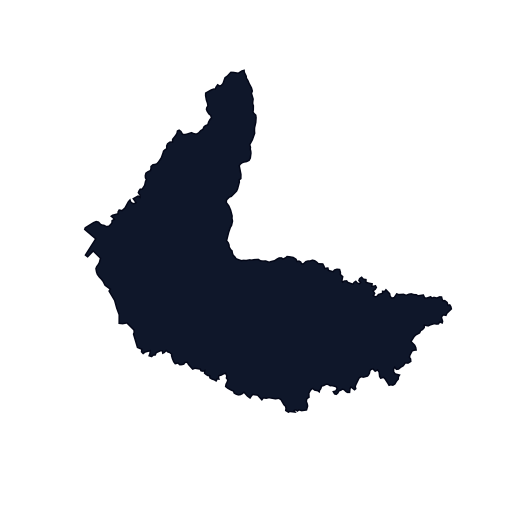 outline of Laguna Carapã, Mato Grosso do Sul, Brazil, rotated 334°
{"feature_id": "56859067B87570138131055", "entity_name": "Laguna Carapã", "entity_type": "district", "adm_level": 2, "iso_a3": "BRA", "parent_name": "Brazil", "parent_adm1": "Mato Grosso do Sul", "projection": "mercator", "projection_center": [-55.09, -22.652], "detail": "fine", "context": "isolated", "style": "filled", "palette": "ink", "viewbox_px": 512, "rotation_deg": 334, "n_neighbors": 0, "source": "geoboundaries", "source_scale": "gbopen_adm2", "svg_char_len": 6147}
<svg xmlns="http://www.w3.org/2000/svg" viewBox="0 0 512 512"><g transform="rotate(334 256 256)"><path d="M408.9,387.0L408.7,384.9L406.9,384.4L407.4,381.5L406.1,378.8L404.5,378.4L404.3,376.5L404.8,374.2L403.1,373.2L400.2,373.1L397.8,371.2L395.7,371.0L395.1,369.2L391.0,368.7L389.2,367.6L389.3,364.4L384.1,362.8L383.1,361.1L380.9,359.9L379.0,358.1L376.8,357.4L373.7,357.2L371.8,355.1L367.2,353.2L365.9,351.7L362.0,354.0L359.4,353.3L358.9,350.9L359.6,348.4L358.0,343.3L356.0,344.3L354.3,343.2L353.5,345.0L349.1,344.3L347.3,345.3L345.3,345.0L344.1,343.0L346.3,341.6L345.9,338.6L348.5,338.2L350.4,337.0L350.3,335.1L348.7,334.8L346.7,333.9L348.2,331.9L345.5,329.9L343.3,327.8L344.5,325.4L342.3,323.9L341.6,321.4L339.2,321.8L337.7,323.2L338.5,325.5L336.6,326.3L335.1,324.5L334.6,322.5L332.6,322.8L330.7,323.8L326.8,319.8L326.6,318.1L324.3,317.2L322.4,317.4L322.5,315.6L324.9,312.6L323.7,309.6L324.7,307.7L325.2,304.8L323.0,303.4L320.5,303.0L318.4,303.9L314.8,300.7L315.3,298.3L312.3,297.3L312.6,295.0L312.5,292.4L308.6,290.3L307.9,288.2L306.7,286.0L304.9,284.5L302.3,284.2L300.5,283.3L298.4,282.9L295.1,283.9L293.5,283.0L293.5,281.0L292.4,279.4L290.5,279.0L290.5,276.4L288.8,273.6L285.9,271.5L283.7,270.1L282.1,270.6L278.8,270.6L278.2,269.0L276.0,267.9L273.5,268.0L270.7,268.4L266.7,267.5L265.1,267.4L262.5,264.7L260.1,263.7L257.9,262.3L256.6,260.1L252.8,258.5L250.2,257.8L248.6,256.7L245.3,255.8L242.8,254.4L240.8,253.8L236.9,249.8L236.6,247.6L235.8,245.2L236.0,243.2L236.7,240.8L236.0,239.2L235.8,236.2L236.6,234.2L236.8,232.0L236.2,229.4L241.8,222.7L245.5,219.0L247.4,217.8L250.2,214.3L250.9,211.6L252.1,209.5L253.3,203.6L253.5,199.0L252.7,194.8L254.2,192.6L258.0,191.3L259.9,191.6L267.0,189.1L268.9,187.5L273.4,182.3L274.2,180.2L276.3,179.8L278.2,176.1L280.5,167.5L282.2,166.5L284.3,166.1L286.1,166.2L288.9,167.0L291.7,167.0L293.8,165.5L296.5,161.4L297.2,159.6L297.7,157.4L298.7,155.8L299.1,153.2L303.6,150.0L308.6,145.1L309.5,142.8L310.9,140.1L314.3,135.9L316.7,131.7L317.5,129.3L316.6,126.9L316.4,125.2L317.6,123.5L319.5,119.8L319.7,117.9L320.4,116.4L322.2,113.7L323.2,107.8L325.0,106.1L325.6,102.9L325.4,97.8L325.6,95.0L325.3,91.9L326.0,90.1L326.0,85.7L326.7,83.9L324.3,83.5L320.2,84.0L316.2,81.1L313.9,79.9L309.3,81.7L306.3,82.2L302.0,86.5L299.6,87.5L297.8,87.3L296.6,85.3L294.1,86.7L292.6,88.1L291.1,87.4L288.6,87.1L282.2,87.5L281.0,89.8L279.8,94.0L279.4,97.4L278.6,100.0L276.8,101.1L275.8,102.4L275.6,104.3L276.0,107.7L277.0,109.7L276.5,112.5L274.6,113.1L272.2,114.8L270.2,116.9L267.7,116.7L265.9,117.1L263.8,118.9L261.3,119.1L258.3,120.3L255.7,120.3L253.5,118.6L252.1,116.9L247.3,116.2L245.3,115.7L243.3,114.5L243.1,111.2L242.1,109.2L240.2,109.2L238.8,111.1L236.6,112.5L232.2,114.6L231.0,117.0L228.5,115.9L225.7,116.4L224.0,117.9L222.8,120.5L220.9,120.6L218.9,121.2L217.5,122.8L213.9,126.3L209.6,128.8L207.3,129.7L205.6,129.5L203.4,128.8L200.9,129.5L200.0,131.3L198.6,133.0L195.8,132.9L193.4,133.3L191.7,135.3L190.9,137.3L191.0,139.5L189.6,140.3L186.9,143.7L182.9,146.1L181.2,145.2L179.6,146.1L178.0,147.5L178.5,150.6L177.5,152.4L176.3,150.4L170.8,150.7L171.6,155.5L169.2,155.5L167.9,154.3L167.0,152.4L167.3,150.4L165.1,151.3L159.3,155.4L155.5,156.5L153.2,154.7L151.4,155.9L150.5,157.6L145.0,156.5L143.3,156.8L144.2,158.7L144.8,161.0L142.2,161.1L140.9,163.3L136.9,164.8L134.4,164.0L132.8,161.8L131.3,160.8L130.1,159.4L129.3,156.5L127.5,155.0L124.6,154.8L114.9,155.8L113.7,157.0L119.5,170.3L103.1,180.4L104.3,182.9L111.9,180.1L115.3,189.8L112.3,193.3L110.4,194.6L108.1,195.8L106.6,197.2L105.7,200.4L105.4,202.9L106.0,206.3L106.9,209.0L107.5,211.9L107.5,216.1L110.6,222.0L108.6,223.1L109.5,233.9L108.0,241.8L107.3,248.8L103.5,256.5L106.5,258.4L110.6,259.5L113.9,269.0L113.1,271.2L111.7,272.5L109.4,286.2L112.5,289.8L111.1,291.9L111.8,294.2L114.3,293.7L119.3,294.7L118.2,296.9L116.2,298.8L118.1,300.6L120.5,300.0L121.9,300.8L124.0,299.1L128.8,299.3L130.3,300.2L129.6,302.5L131.3,302.5L133.8,301.5L134.7,303.6L136.1,304.8L137.2,307.2L136.4,308.7L135.9,311.6L135.7,315.0L136.2,317.4L139.0,318.0L139.8,320.3L141.7,321.1L143.7,321.5L145.4,320.5L147.7,321.4L147.8,323.9L149.5,329.9L151.9,330.1L156.3,333.2L156.3,335.1L157.9,336.3L159.8,336.4L158.4,338.8L159.4,340.9L160.5,342.5L161.9,343.3L161.2,345.3L162.5,347.3L164.3,349.0L165.4,350.8L167.3,349.4L168.7,350.4L169.1,348.7L170.2,347.2L172.3,347.8L174.9,347.7L177.2,348.0L177.3,350.9L175.9,352.7L176.4,355.0L174.7,356.8L172.9,358.1L171.5,360.0L172.7,362.5L174.8,365.5L176.6,367.6L176.3,369.6L177.6,371.5L179.3,373.1L181.1,373.7L183.4,373.7L185.5,373.1L186.9,378.1L188.4,381.0L190.2,379.9L192.3,379.0L196.5,381.8L198.2,387.8L200.4,386.7L202.8,388.3L205.6,389.0L210.9,392.9L214.0,393.8L215.5,396.0L215.9,401.9L216.7,404.0L216.2,406.1L215.0,407.9L216.7,410.6L218.2,410.5L222.7,413.4L222.4,411.6L224.3,411.7L225.2,413.5L227.2,413.1L229.2,415.0L233.9,416.5L236.6,413.5L237.1,411.8L237.5,408.6L239.2,406.5L241.7,406.2L243.3,402.5L245.4,401.0L247.2,400.1L248.9,399.9L249.9,402.2L252.5,404.2L253.3,405.8L254.3,404.5L255.9,403.7L257.9,401.7L260.1,402.1L262.8,402.0L264.5,403.0L265.8,405.1L267.5,405.8L270.7,408.5L270.8,410.8L268.5,412.3L266.0,411.8L266.2,414.4L267.5,415.5L269.4,415.0L271.4,413.6L273.6,413.8L275.2,413.5L276.7,414.8L277.4,417.1L278.3,418.6L280.3,419.6L282.4,416.3L284.0,415.4L285.9,419.4L287.5,419.0L287.9,416.9L289.1,415.6L295.1,410.9L297.5,410.5L299.5,412.0L303.6,412.8L305.1,412.1L306.5,411.1L307.9,409.2L309.4,408.4L311.6,408.6L312.6,411.8L315.3,411.7L315.8,414.3L314.3,418.5L314.5,420.5L317.3,420.9L318.1,422.8L318.8,428.4L318.9,430.5L320.6,430.8L322.4,432.1L324.6,431.9L327.5,430.0L329.9,429.0L331.0,427.0L332.8,425.9L329.4,423.0L328.9,420.5L330.1,417.9L332.0,416.8L332.5,419.4L334.5,420.1L337.4,419.4L340.2,419.2L343.3,417.5L345.7,418.9L348.9,418.6L349.8,416.3L349.5,414.3L350.8,412.6L354.8,409.7L357.2,410.1L358.7,410.7L359.4,408.5L359.5,405.8L357.8,400.8L362.7,397.8L364.9,397.0L369.3,396.8L371.3,395.2L373.4,395.1L375.8,394.1L376.9,391.9L380.2,394.3L382.5,394.3L386.5,394.9L388.6,396.4L390.2,397.0L392.2,395.8L394.0,397.8L395.1,396.5L395.7,392.6L396.9,391.5L398.7,391.1L400.7,392.6L402.5,391.1L408.4,389.2L408.9,387.0Z" fill="#0f172a" stroke="#020617" stroke-width="1.5"/></g></svg>